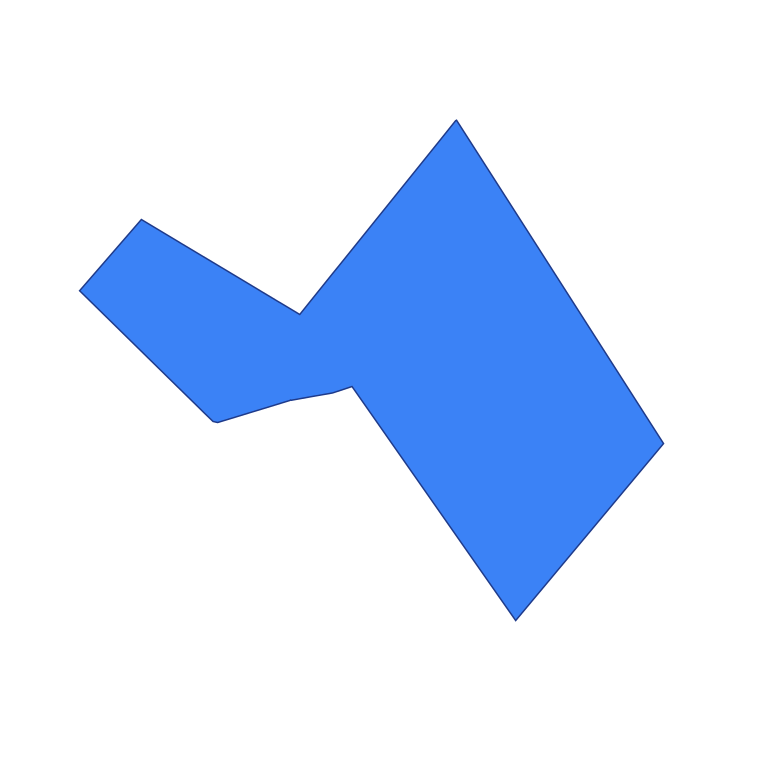 the district of Bindura Urban, Mashonaland Central, Zimbabwe, rotated 147°
{"feature_id": "62879985B95649455057602", "entity_name": "Bindura Urban", "entity_type": "district", "adm_level": 2, "iso_a3": "ZWE", "parent_name": "Zimbabwe", "parent_adm1": "Mashonaland Central", "projection": "orthographic", "projection_center": [31.346, -17.309], "detail": "fine", "context": "isolated", "style": "filled", "palette": "blue", "viewbox_px": 768, "rotation_deg": 147, "n_neighbors": 0, "source": "geoboundaries", "source_scale": "gbopen_adm2", "svg_char_len": 531}
<svg xmlns="http://www.w3.org/2000/svg" viewBox="0 0 768 768"><g transform="rotate(147 384 384)"><path d="M180.2,452.9L179.5,565.7L180.6,565.8L201.4,558.9L358.3,507.4L366.4,504.8L399.8,493.8L416.8,488.2L427.1,509.3L427.4,509.8L452.5,561.3L478.1,613.5L478.5,614.4L497.9,654.1L588.5,628.0L561.5,506.8L553.5,471.1L550.4,457.0L547.8,445.7L544.5,442.3L472.1,421.5L471.0,421.4L470.7,420.9L451.7,412.9L432.0,404.5L412.2,399.3L402.4,113.9L182.0,181.8L181.0,335.2L180.2,452.9Z" fill="#3b82f6" stroke="#1e3a8a" stroke-width="1.5"/></g></svg>